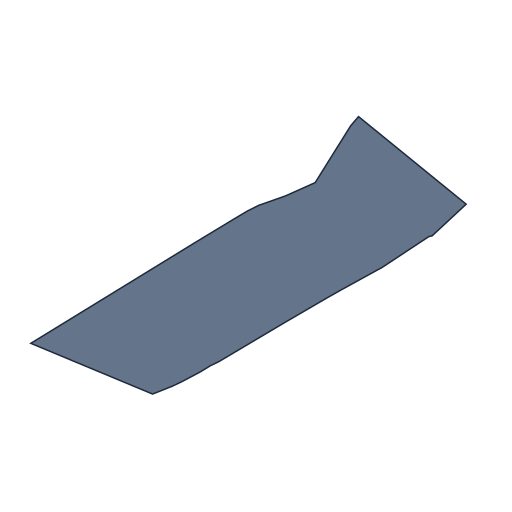 the district of Dar Naim, Nouakchott, Mauritania, rotated 203°
{"feature_id": "47542326B20684442825570", "entity_name": "Dar Naim", "entity_type": "district", "adm_level": 2, "iso_a3": "MRT", "parent_name": "Mauritania", "parent_adm1": "Nouakchott", "projection": "albers", "projection_center": [-15.933, 18.106], "detail": "fine", "context": "isolated", "style": "filled", "palette": "slate", "viewbox_px": 512, "rotation_deg": 203, "n_neighbors": 0, "source": "geoboundaries", "source_scale": "gbopen_adm2", "svg_char_len": 456}
<svg xmlns="http://www.w3.org/2000/svg" viewBox="0 0 512 512"><g transform="rotate(203 256 256)"><path d="M216.1,424.4L219.7,413.0L230.2,346.7L252.4,322.8L273.3,303.7L281.4,294.2L290.5,281.8L317.7,244.1L429.2,87.6L297.3,88.5L282.3,103.3L275.1,111.4L261.9,127.7L255.1,137.2L248.8,144.4L204.3,205.0L174.4,245.0L164.9,257.4L138.6,290.8L135.8,294.2L104.5,341.4L101.8,343.3L82.8,385.8L216.1,424.4Z" fill="#64748b" stroke="#1e293b" stroke-width="1.5"/></g></svg>